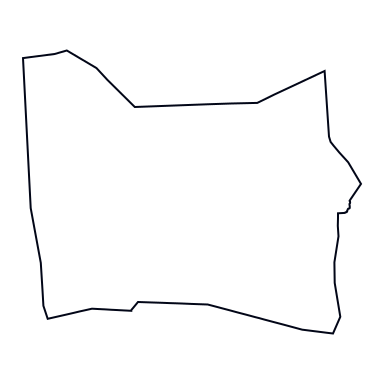 Gurvantes, Ömnögovi, Mongolia (Equal Earth projection)
{"feature_id": "93677404B48845282063548", "entity_name": "Gurvantes", "entity_type": "district", "adm_level": 2, "iso_a3": "MNG", "parent_name": "Mongolia", "parent_adm1": "Ömnögovi", "projection": "equal_earth", "projection_center": [101.209, 43.334], "detail": "fine", "context": "isolated", "style": "outline", "palette": "ink", "viewbox_px": 384, "rotation_deg": 0, "n_neighbors": 0, "source": "geoboundaries", "source_scale": "gbopen_adm2", "svg_char_len": 1540}
<svg xmlns="http://www.w3.org/2000/svg" viewBox="0 0 384 384"><path d="M96.5,68.1L66.8,50.5L54.6,54.0L30.5,57.1L23.0,58.1L30.7,208.1L40.8,262.9L42.5,290.3L43.4,305.8L47.7,318.8L58.7,316.3L66.2,314.6L73.6,312.9L79.4,311.5L86.2,310.0L92.0,308.7L97.5,309.0L105.6,309.4L111.8,309.8L114.1,309.9L123.6,310.4L131.3,310.8L131.3,310.4L131.3,310.2L131.5,309.8L132.8,308.3L138.0,302.0L149.6,302.4L162.0,302.8L169.5,303.1L176.0,303.3L181.5,303.5L190.9,303.9L199.1,304.2L207.7,304.5L218.0,307.2L221.7,308.2L229.7,310.3L237.4,312.4L246.6,314.8L255.5,317.2L258.7,318.0L258.8,318.0L264.1,319.5L269.4,320.9L273.5,322.0L283.4,324.6L292.7,327.1L302.3,329.7L303.3,329.8L312.8,331.0L322.4,332.2L326.3,332.7L333.0,333.5L340.3,316.8L334.7,282.9L334.4,262.3L338.5,236.3L337.8,225.9L338.0,218.0L338.0,213.3L344.9,212.9L345.2,212.5L345.4,212.4L345.6,212.3L345.8,212.2L346.3,212.2L346.5,212.2L346.7,211.9L346.9,211.8L347.1,211.6L347.2,211.3L347.2,211.1L347.1,210.9L347.2,210.6L347.3,210.5L347.4,210.2L347.6,209.9L347.8,209.3L348.1,208.8L348.2,208.7L348.4,208.6L348.6,208.6L348.9,208.6L349.3,208.4L349.5,208.3L349.7,208.0L349.7,207.7L349.8,207.0L349.7,206.4L349.7,205.8L349.6,205.3L349.5,204.9L349.5,204.4L349.5,204.1L349.5,203.9L349.8,203.5L350.0,203.2L350.1,202.8L350.1,202.4L350.1,202.1L350.0,201.9L350.0,201.5L349.8,201.3L349.6,200.9L349.6,200.7L361.0,183.9L348.2,162.3L339.3,152.5L333.6,145.7L330.6,141.9L329.0,136.6L324.6,71.0L274.2,94.6L257.3,102.9L231.0,103.5L206.9,104.3L134.8,107.0L107.4,79.9L96.5,68.1Z" fill="none" stroke="#020617" stroke-width="2"/></svg>